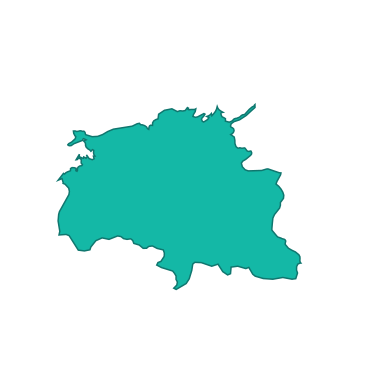 Ipeiros, Natural Earth projection, rotated 120°
{"feature_id": "GRC-2949", "entity_name": "Ipeiros", "entity_type": "Region", "adm_level": 1, "iso_a3": "GRC", "parent_name": "Greece", "parent_adm1": "", "projection": "natural_earth1", "projection_center": [20.643, 39.638], "detail": "fine", "context": "isolated", "style": "filled", "palette": "teal", "viewbox_px": 384, "rotation_deg": 120, "n_neighbors": 0, "source": "natural_earth", "source_scale": "10m", "svg_char_len": 4187}
<svg xmlns="http://www.w3.org/2000/svg" viewBox="0 0 384 384"><g transform="rotate(120 192 192)"><path d="M170.3,109.3L174.2,108.9L180.0,106.3L183.8,104.5L185.0,103.8L185.6,102.4L187.9,96.1L188.1,95.2L187.4,91.7L187.4,90.7L186.8,88.5L186.9,87.4L187.6,86.3L189.9,85.6L190.8,85.0L192.5,80.4L192.5,76.4L192.2,72.5L192.9,68.1L194.1,66.2L195.8,65.1L197.5,64.3L198.7,63.2L199.1,62.2L199.6,62.9L201.5,64.3L204.3,64.1L207.4,62.4L209.4,60.1L215.2,58.8L217.5,61.8L220.6,70.6L227.1,78.4L231.3,87.0L233.3,95.2L232.8,98.3L228.9,105.1L231.4,107.1L233.4,115.3L237.5,120.6L243.5,117.8L246.0,119.7L245.6,125.5L241.5,133.4L246.4,137.8L248.5,148.6L251.5,154.4L254.1,155.3L260.0,153.0L268.6,151.0L274.2,151.3L284.3,157.0L284.4,159.7L280.2,158.6L277.2,159.7L275.7,162.1L272.7,163.8L271.1,166.7L270.1,169.2L272.7,180.7L272.9,186.0L270.1,186.2L267.6,184.2L261.6,183.9L258.6,185.5L256.5,187.9L258.3,194.0L258.5,199.3L260.8,202.3L263.4,203.2L265.2,206.1L264.3,211.2L265.6,216.7L263.6,219.1L263.2,221.7L265.5,224.6L266.6,228.0L266.1,231.1L267.2,234.4L274.5,240.2L276.7,246.9L282.2,250.9L290.2,252.1L293.1,251.5L296.8,255.7L299.2,261.4L291.2,276.6L291.7,279.8L295.7,285.7L292.2,286.8L284.0,293.5L278.0,296.3L275.2,297.0L255.8,297.3L252.9,298.4L250.3,300.7L248.7,305.8L249.0,308.0L248.2,308.3L245.4,311.3L248.7,313.8L240.1,312.6L240.1,311.3L238.2,310.8L236.4,309.6L234.9,308.3L234.3,307.9L232.4,308.9L230.9,308.1L229.9,306.3L229.5,304.6L229.8,304.6L230.3,303.7L231.6,303.3L231.6,302.0L230.5,302.0L229.0,303.0L227.2,303.0L225.6,302.2L224.3,300.6L223.1,300.6L222.3,302.5L219.5,304.0L218.9,305.3L219.6,307.2L221.3,307.6L222.0,308.5L215.6,308.4L217.9,307.3L217.6,306.0L217.5,304.1L217.1,302.9L215.8,303.3L215.8,302.6L215.6,302.1L215.6,301.8L215.8,301.6L215.8,300.6L214.4,300.4L213.6,300.6L213.1,301.3L212.6,302.0L214.5,297.8L213.9,294.5L212.1,293.4L210.3,295.3L209.4,294.0L208.8,295.4L207.9,296.4L206.6,297.3L205.1,297.9L205.1,299.4L207.3,299.9L206.7,301.5L206.7,303.7L206.1,306.0L205.0,307.4L203.7,308.2L202.6,309.3L202.0,311.3L199.8,309.8L199.9,311.8L200.1,312.7L200.7,312.8L202.0,312.6L209.2,318.4L212.2,319.8L213.2,321.2L213.5,322.6L213.1,323.2L211.7,322.9L208.9,321.2L204.4,319.8L203.4,319.9L202.0,320.5L201.9,321.4L200.4,323.7L198.5,325.2L197.6,323.8L197.2,322.0L196.1,320.7L195.0,319.6L194.5,318.6L194.3,317.4L194.0,316.8L193.6,316.4L193.4,315.9L193.8,314.6L194.5,313.8L195.2,313.2L195.5,312.6L194.0,306.1L191.0,301.5L186.9,298.1L181.9,295.3L176.9,291.5L164.9,276.7L160.3,273.6L158.8,271.9L159.4,270.2L158.6,268.4L158.2,266.1L158.4,263.9L159.4,262.2L159.4,260.8L157.5,261.6L155.9,261.8L154.8,261.2L154.1,259.5L151.8,260.7L149.6,260.7L147.5,259.6L145.6,258.0L141.3,259.8L135.0,256.7L130.0,251.0L129.7,244.9L127.6,243.0L126.5,240.5L124.8,238.6L121.2,238.2L121.2,236.9L122.3,236.9L122.3,235.7L121.0,234.1L119.3,231.1L118.1,230.3L120.8,229.4L124.0,229.5L126.1,229.0L125.6,226.3L124.1,224.7L118.1,220.9L118.1,219.7L120.8,219.8L122.7,220.3L124.2,220.2L125.6,218.4L125.6,217.0L124.0,216.0L121.3,214.7L119.1,214.6L119.2,217.0L117.8,215.8L116.0,214.8L114.3,214.5L116.0,212.9L113.1,212.3L110.4,212.0L107.9,212.2L105.4,212.9L106.6,211.4L107.3,209.6L107.5,207.5L107.5,205.0L108.6,206.3L109.7,206.2L110.7,205.2L111.8,203.8L111.8,203.2L111.7,200.7L111.8,199.7L112.1,199.6L113.6,198.6L113.9,198.5L112.9,194.6L110.4,192.8L107.7,192.1L106.5,191.1L106.0,190.3L103.6,188.4L102.8,188.0L101.0,187.5L99.7,186.6L98.6,185.2L91.7,183.7L88.2,182.4L86.4,181.2L85.5,181.4L84.8,181.2L87.3,179.7L92.5,181.4L98.6,183.3L105.7,186.9L110.1,190.8L113.3,192.2L115.7,191.6L116.3,190.6L116.2,189.2L116.4,187.7L117.6,186.4L118.9,186.0L120.2,186.0L121.5,186.4L122.9,187.2L123.3,182.9L125.7,180.8L128.5,179.1L130.7,176.6L131.1,174.5L130.7,173.5L129.8,172.7L129.3,171.0L129.0,170.4L127.9,169.0L127.5,168.4L127.6,167.8L128.6,165.5L128.9,164.5L128.4,162.9L127.4,162.1L127.1,161.3L128.2,159.9L129.4,159.4L131.0,159.6L136.9,161.8L139.7,163.4L142.3,163.7L145.0,161.0L146.2,157.1L145.6,153.8L138.5,142.4L134.8,138.9L134.0,137.7L131.7,126.0L131.0,124.5L132.8,123.9L140.5,123.7L143.1,123.2L143.7,119.7L145.0,116.3L146.8,113.2L148.9,110.9L151.8,109.6L156.9,110.2L159.3,108.8L162.2,108.1L170.3,109.3Z" fill="#14b8a6" stroke="#0f766e" stroke-width="1.5"/></g></svg>